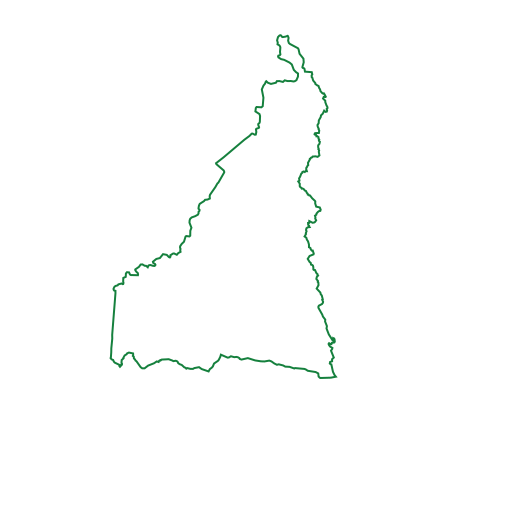 the district of Dedza, Dedza, Malawi, rotated 136°
{"feature_id": "42251766B66225457753973", "entity_name": "Dedza", "entity_type": "district", "adm_level": 2, "iso_a3": "MWI", "parent_name": "Malawi", "parent_adm1": "Dedza", "projection": "natural_earth1", "projection_center": [34.006, -14.237], "detail": "fine", "context": "isolated", "style": "outline", "palette": "green", "viewbox_px": 512, "rotation_deg": 136, "n_neighbors": 0, "source": "geoboundaries", "source_scale": "gbopen_adm2", "svg_char_len": 6105}
<svg xmlns="http://www.w3.org/2000/svg" viewBox="0 0 512 512"><g transform="rotate(136 256 256)"><path d="M370.3,205.9L367.8,206.7L365.6,206.4L363.8,206.5L360.9,207.8L356.1,207.0L354.8,207.2L351.7,208.3L349.8,209.4L347.0,202.6L345.9,201.8L343.7,201.3L341.9,198.3L340.2,197.0L339.4,195.8L338.9,194.1L339.2,193.3L338.4,191.6L332.8,188.2L329.1,181.4L325.6,176.8L323.2,174.3L319.1,171.5L318.1,169.4L317.5,166.0L316.5,163.2L314.9,162.3L312.5,158.4L311.8,156.1L308.9,153.0L306.6,148.5L305.8,148.3L299.6,141.1L299.0,139.8L298.5,137.5L293.7,131.1L292.8,128.3L294.7,125.8L294.7,124.1L294.3,123.4L286.7,116.5L282.4,113.7L282.2,115.8L281.1,119.2L277.1,125.7L277.5,126.3L277.6,127.4L276.3,128.3L274.4,127.4L273.0,128.9L270.6,128.9L267.8,135.8L265.8,136.2L264.9,136.8L265.6,139.3L265.4,141.0L264.9,142.3L264.0,142.5L263.5,140.7L263.0,140.2L261.7,140.8L259.7,139.4L258.8,139.7L257.4,141.5L257.1,142.4L257.4,143.1L258.3,141.6L259.3,141.6L259.5,142.1L258.1,149.0L255.6,154.9L253.7,156.3L251.8,160.9L250.4,162.1L249.9,166.0L249.1,167.7L247.1,175.3L246.5,176.1L245.3,176.6L241.9,175.6L240.3,175.9L239.5,176.5L238.8,178.5L238.1,178.4L236.1,181.9L236.0,183.5L235.1,185.0L235.0,190.4L231.3,191.6L229.6,193.6L229.6,194.5L228.8,194.9L228.5,197.6L226.8,198.7L225.1,198.8L225.2,199.4L224.4,200.0L224.4,201.9L223.3,204.9L224.1,205.9L224.1,206.4L222.5,208.2L221.7,209.6L221.8,210.5L222.4,211.6L221.4,213.1L221.6,214.5L220.8,218.0L217.4,218.8L213.5,217.2L212.8,217.6L211.4,220.5L212.1,221.0L212.0,222.6L211.3,224.0L211.8,225.5L209.9,227.5L208.4,230.4L208.0,232.5L207.1,234.2L207.5,236.3L204.7,237.1L204.4,237.8L202.4,238.7L202.0,239.9L200.5,240.9L198.8,240.7L197.4,239.6L197.2,240.6L196.8,240.9L196.8,242.2L195.6,243.6L194.7,242.9L193.4,244.1L192.2,240.6L190.9,239.7L189.8,239.5L187.9,239.9L187.4,241.8L186.3,242.6L185.6,244.0L183.9,243.8L183.0,244.5L180.7,244.7L179.1,244.4L178.4,243.8L177.3,244.4L176.4,246.6L178.4,249.7L176.9,252.7L175.4,254.1L175.3,254.9L175.5,258.5L175.1,262.0L175.7,262.7L175.6,263.5L176.1,264.2L175.5,265.1L175.6,266.1L174.9,268.0L175.4,269.2L175.2,271.1L175.7,272.3L176.3,272.7L176.0,273.5L176.3,274.8L176.0,275.9L174.3,277.6L173.8,280.3L172.4,280.0L171.1,281.9L169.2,282.4L166.2,283.8L164.8,283.7L164.2,284.2L163.0,283.7L162.6,282.5L161.4,282.6L160.5,281.7L159.6,283.6L158.3,284.6L157.4,284.6L156.1,285.2L155.3,285.1L153.9,286.9L150.6,287.9L149.8,288.5L149.4,288.2L148.2,288.5L147.1,288.0L146.2,288.2L143.9,286.3L142.8,284.5L140.5,284.3L138.4,287.4L137.2,288.1L137.0,289.4L136.4,289.6L136.1,290.5L134.8,292.1L134.0,292.5L132.5,292.6L130.7,293.8L130.7,295.1L130.2,295.8L129.6,295.9L129.4,297.2L128.5,298.1L128.7,299.7L129.4,300.1L128.6,301.7L129.4,302.6L129.3,303.0L128.1,303.3L125.3,300.8L123.3,302.4L122.9,303.8L122.3,304.2L122.2,305.0L121.6,306.4L120.8,307.5L118.7,308.0L116.6,309.9L112.9,311.0L111.6,312.0L109.1,312.0L106.0,313.2L105.9,311.4L104.8,310.7L103.8,311.2L103.0,312.7L101.7,312.8L100.9,314.1L100.8,315.1L99.3,318.5L98.3,319.6L98.4,322.7L96.7,323.4L95.6,322.1L95.2,322.1L94.4,324.6L94.2,325.9L94.9,326.1L95.2,327.1L95.1,329.8L94.2,331.3L93.8,333.1L92.9,334.9L93.4,336.1L93.8,338.5L93.2,339.3L93.0,342.5L91.6,345.2L91.7,345.9L90.5,347.3L89.4,347.5L88.2,349.5L92.7,354.6L91.1,357.0L91.1,357.9L91.7,358.9L91.5,359.6L87.1,362.2L84.8,365.0L84.2,371.2L81.8,375.1L81.5,376.3L84.3,385.0L84.4,386.4L83.3,388.6L81.1,390.2L80.3,391.9L80.3,392.4L82.4,393.3L84.7,394.9L85.0,395.3L84.8,397.3L85.2,398.0L86.2,398.3L88.1,398.2L91.0,396.5L92.1,394.4L93.5,393.3L92.9,391.4L93.1,390.0L93.7,389.0L97.0,386.1L98.5,384.0L99.4,383.9L100.8,384.6L101.6,384.1L101.9,383.2L101.2,380.2L99.5,377.6L97.5,371.8L97.2,368.9L99.5,363.6L99.5,360.5L99.0,358.1L101.2,355.9L104.8,354.4L106.7,354.8L107.8,355.5L109.4,357.7L111.8,359.9L113.3,362.4L115.7,362.5L117.6,365.5L119.5,367.3L121.3,366.8L125.7,369.4L127.1,372.4L127.2,374.6L127.9,374.6L129.8,373.7L132.2,373.4L136.1,371.8L140.7,364.7L147.1,359.1L148.8,359.2L152.1,362.8L153.3,362.6L156.0,360.4L154.9,355.7L155.8,353.9L160.1,349.8L161.1,349.3L162.6,349.4L163.3,348.8L164.3,346.5L165.0,346.2L167.2,347.2L168.0,347.2L169.6,345.0L171.8,343.5L172.6,344.0L173.4,346.4L174.1,347.0L177.3,346.9L183.5,347.7L210.8,349.5L220.3,350.5L220.7,349.6L219.8,340.0L220.2,338.9L220.8,338.2L232.2,334.9L233.3,335.0L237.4,333.8L246.5,332.0L247.7,331.3L249.3,329.4L251.7,330.3L253.6,331.8L255.2,331.6L260.2,332.6L262.0,331.9L264.2,330.3L264.5,329.9L264.5,328.5L265.2,327.8L266.6,327.7L267.7,326.6L269.1,326.1L272.1,326.9L275.4,328.4L277.4,328.5L278.9,327.8L280.7,326.2L282.8,321.2L285.7,319.8L289.2,316.3L290.3,316.3L292.3,318.8L293.2,318.9L297.9,316.3L301.1,316.3L303.8,315.7L304.9,314.7L305.4,313.5L306.4,312.9L307.4,311.4L309.8,312.1L312.1,311.9L313.2,314.8L314.0,315.4L317.1,316.0L318.1,314.9L319.0,314.8L319.4,315.7L319.4,318.8L321.6,321.9L326.6,321.3L329.7,323.1L334.1,323.5L334.7,322.5L334.2,320.3L334.4,319.6L335.0,319.2L336.0,319.4L337.0,320.6L338.1,322.7L339.2,323.6L340.1,323.8L341.7,323.1L341.9,325.3L342.9,326.4L343.5,328.8L344.9,330.0L347.7,329.5L352.2,330.2L352.7,329.6L353.0,328.0L352.9,325.8L353.7,324.6L354.3,324.2L359.3,329.3L359.5,330.3L358.7,332.4L360.1,334.0L361.7,333.8L364.2,331.5L366.7,332.4L369.3,329.9L370.0,328.7L371.0,328.1L371.4,328.3L371.8,329.6L374.7,331.2L375.9,331.0L377.8,332.0L379.1,332.2L381.1,331.5L381.8,330.7L382.0,329.7L381.3,328.6L382.9,326.9L414.2,299.2L416.8,296.4L424.2,290.1L427.0,287.3L430.9,283.8L431.5,283.6L431.7,282.0L431.0,280.4L431.6,278.9L431.7,277.5L429.9,272.6L430.7,271.8L430.8,270.8L428.5,271.0L428.2,271.4L427.8,271.1L427.3,271.5L426.7,272.9L424.8,274.5L422.5,274.4L422.4,274.8L419.6,275.7L417.3,275.2L416.4,275.5L414.5,274.8L412.1,271.3L413.2,270.0L414.0,269.7L413.9,268.4L415.0,267.1L414.9,265.5L415.3,264.6L415.1,263.3L416.2,256.2L415.9,254.3L414.2,252.6L409.7,252.1L403.9,249.7L400.6,249.1L399.7,247.4L398.5,247.9L397.2,247.6L397.2,247.1L395.8,247.0L390.5,242.4L388.8,238.9L388.5,237.8L386.5,236.4L385.9,235.0L385.9,234.2L386.4,232.9L386.0,231.1L385.1,229.2L384.9,225.7L384.3,224.5L384.4,223.4L383.3,223.1L381.6,220.4L379.8,218.6L378.2,218.2L374.2,215.6L373.6,212.4L370.3,205.9Z" fill="none" stroke="#15803d" stroke-width="2"/></g></svg>